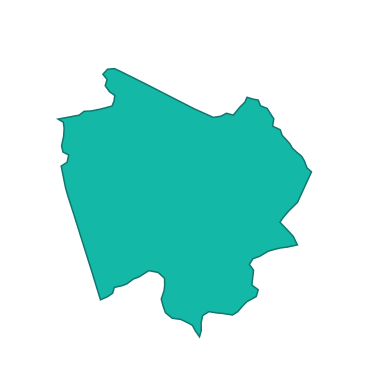 Pinhalzinho, São Paulo, Brazil, rotated 254°
{"feature_id": "56859067B83412128761975", "entity_name": "Pinhalzinho", "entity_type": "district", "adm_level": 2, "iso_a3": "BRA", "parent_name": "Brazil", "parent_adm1": "São Paulo", "projection": "robinson", "projection_center": [-46.579, -22.785], "detail": "fine", "context": "isolated", "style": "filled", "palette": "teal", "viewbox_px": 384, "rotation_deg": 254, "n_neighbors": 0, "source": "geoboundaries", "source_scale": "gbopen_adm2", "svg_char_len": 1389}
<svg xmlns="http://www.w3.org/2000/svg" viewBox="0 0 384 384"><g transform="rotate(254 192 192)"><path d="M267.9,271.0L263.8,267.6L260.5,261.6L254.5,252.8L258.2,246.9L256.9,240.5L257.9,233.0L271.5,216.9L307.6,178.3L328.0,156.1L332.0,151.5L333.3,144.6L329.7,138.8L323.6,141.4L318.1,137.9L311.2,140.3L306.1,144.4L300.8,142.0L296.7,138.8L296.9,127.3L297.7,117.3L299.3,110.5L297.0,104.6L299.0,83.3L294.6,87.5L288.6,86.7L280.8,83.9L272.2,79.3L265.9,79.0L261.6,83.7L255.0,80.1L253.0,73.4L230.8,71.6L222.4,71.6L204.3,72.2L156.6,73.4L145.7,73.7L113.6,74.3L114.6,81.8L116.6,87.8L121.7,91.0L121.2,99.0L121.7,104.3L124.5,111.5L125.0,117.6L128.3,128.8L124.0,137.3L116.6,141.8L109.5,139.9L104.8,137.9L97.5,132.9L89.7,132.8L83.3,133.2L76.1,138.2L72.6,146.1L67.3,152.1L63.7,155.6L57.4,157.0L50.7,159.3L56.3,162.7L63.7,164.7L70.3,168.2L72.3,175.3L69.1,182.1L66.8,188.0L62.6,197.1L64.4,203.1L68.1,208.6L71.4,214.4L73.8,224.9L79.8,228.7L86.1,223.9L99.8,229.6L106.6,227.2L111.1,232.2L111.5,239.2L114.1,249.0L114.1,255.4L113.8,262.0L112.8,268.2L112.1,278.7L121.2,277.2L126.9,274.4L138.7,268.2L142.3,272.5L147.2,279.9L153.0,290.6L178.4,312.4L183.5,309.2L191.4,308.5L196.4,307.1L201.1,303.8L206.6,300.5L211.2,299.4L216.3,297.0L221.6,294.3L227.5,294.0L233.1,287.6L239.7,290.8L246.3,288.8L251.6,287.3L256.0,281.6L262.1,281.0L264.7,275.9L267.9,271.0Z" fill="#14b8a6" stroke="#0f766e" stroke-width="1.5"/></g></svg>